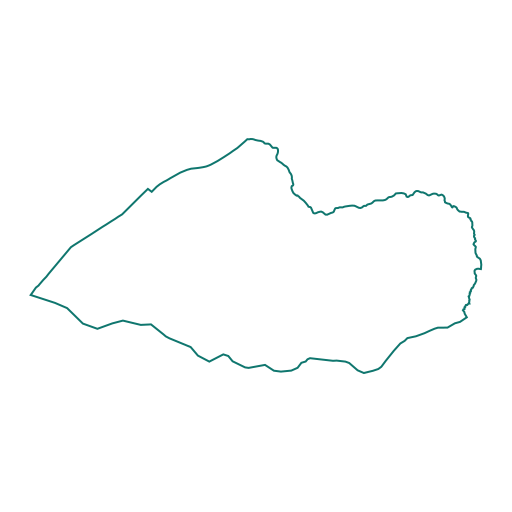 the district of Campina, Prahova, Romania, rotated 90°
{"feature_id": "2599482B7526130518250", "entity_name": "Campina", "entity_type": "district", "adm_level": 2, "iso_a3": "ROU", "parent_name": "Romania", "parent_adm1": "Prahova", "projection": "orthographic", "projection_center": [25.739, 45.14], "detail": "fine", "context": "isolated", "style": "outline", "palette": "teal", "viewbox_px": 512, "rotation_deg": 90, "n_neighbors": 0, "source": "geoboundaries", "source_scale": "gbopen_adm2", "svg_char_len": 5883}
<svg xmlns="http://www.w3.org/2000/svg" viewBox="0 0 512 512"><g transform="rotate(90 256 256)"><path d="M338.3,342.6L347.1,321.3L355.6,314.1L361.6,302.7L354.4,288.7L356.0,283.7L361.3,279.4L367.4,266.9L367.9,263.4L364.9,247.0L370.7,238.1L371.6,231.1L370.6,220.7L367.8,214.4L362.8,210.6L361.5,206.3L359.3,204.5L358.2,202.0L360.8,179.0L360.6,175.3L361.6,166.6L363.0,162.8L370.3,154.4L373.0,148.2L370.8,139.1L369.0,133.7L366.8,130.7L360.9,126.3L350.8,118.2L343.5,111.7L340.9,107.4L338.1,104.6L336.3,96.1L333.2,87.5L330.7,82.1L328.7,77.4L327.7,74.2L327.6,64.5L323.3,57.1L321.9,52.0L317.3,45.2L313.7,47.3L311.9,47.7L311.2,48.4L310.8,48.6L310.3,49.0L310.1,48.8L309.5,48.7L309.4,48.4L309.1,47.5L309.0,47.4L308.9,47.4L308.5,47.6L307.7,47.6L307.1,47.4L307.1,47.1L307.2,46.9L307.0,46.7L306.3,46.7L305.7,46.5L305.0,46.1L304.9,45.8L305.1,45.3L305.0,44.8L304.7,44.5L304.3,44.3L304.0,43.9L303.5,43.1L303.5,42.9L303.5,42.6L302.8,42.8L302.9,43.0L302.7,43.1L302.2,42.8L301.6,42.8L301.2,42.6L300.8,42.6L300.3,42.8L299.8,42.4L299.3,42.4L298.8,42.7L298.2,42.9L297.3,43.0L296.9,43.2L296.6,43.4L296.3,43.3L296.3,43.0L296.2,42.8L295.5,42.5L295.0,42.5L294.2,42.2L293.6,42.4L293.4,42.3L293.2,42.0L293.1,41.9L292.5,42.2L292.2,42.2L291.8,41.4L291.5,41.2L291.0,41.0L290.6,41.3L290.1,41.1L289.8,41.1L289.1,40.5L288.4,40.4L287.8,39.8L287.7,39.6L287.8,39.3L287.6,39.1L286.8,38.7L286.3,38.5L285.9,38.3L285.5,38.3L285.1,38.2L284.7,37.9L283.9,37.2L283.2,36.8L280.9,35.8L280.3,35.7L279.9,35.6L279.2,35.8L278.1,36.2L277.6,36.2L276.1,35.8L275.7,35.8L274.6,36.4L273.8,37.1L273.0,37.4L272.4,37.3L271.2,37.5L270.6,37.4L270.1,37.1L269.6,36.7L269.3,36.0L268.8,34.9L268.8,34.5L268.7,33.8L269.1,31.1L268.3,31.0L267.2,30.9L266.5,30.9L264.8,30.7L260.7,31.2L259.9,31.5L259.1,31.9L258.6,32.3L258.2,32.9L257.4,34.1L256.8,34.9L256.2,35.2L255.4,35.2L255.0,35.5L254.0,36.0L252.9,36.5L249.0,36.7L247.7,36.3L246.9,36.2L246.2,36.7L245.2,37.8L244.4,38.4L244.2,38.5L242.5,37.7L242.0,37.1L241.5,36.3L241.4,36.2L240.9,36.1L240.7,36.2L239.4,37.0L238.6,36.9L238.3,36.9L237.5,37.6L236.9,37.9L236.5,38.0L235.9,38.0L235.0,37.4L234.9,37.4L234.6,37.4L234.0,37.9L233.6,38.0L231.8,37.8L231.0,37.9L230.1,38.2L229.4,38.8L227.7,39.9L227.2,40.1L226.7,40.0L225.7,39.6L225.1,39.6L223.7,39.7L222.6,39.7L221.9,39.9L221.6,40.0L221.0,40.7L220.6,40.7L220.1,41.0L219.5,41.6L219.2,41.6L218.7,41.5L218.3,41.7L218.0,42.1L217.5,43.2L217.2,43.6L216.8,44.0L215.8,44.1L214.0,43.8L213.6,43.8L213.2,43.9L213.0,44.3L212.6,46.2L212.3,46.8L211.8,48.1L211.8,49.4L211.8,50.4L211.6,51.3L211.6,52.1L211.5,52.5L210.2,54.0L209.6,54.5L209.0,54.9L207.7,55.4L207.1,56.1L206.5,57.2L206.2,58.0L206.1,58.4L206.2,58.6L206.3,58.9L206.8,59.3L207.3,59.4L207.4,59.5L207.3,59.9L206.8,60.3L206.0,60.7L205.0,61.4L204.4,61.9L204.0,62.4L203.8,62.8L203.6,63.9L203.4,64.7L202.5,66.7L202.2,67.0L201.7,67.0L200.2,67.5L199.1,67.3L198.3,67.3L197.4,67.6L196.4,68.0L196.1,68.3L195.3,69.1L194.9,69.8L194.7,70.3L194.7,70.8L195.1,71.9L195.3,72.5L195.5,73.1L195.4,73.6L195.2,74.0L194.5,74.7L194.0,75.5L193.8,75.9L193.7,76.7L193.6,77.9L193.7,78.7L193.9,79.5L195.3,82.5L195.4,83.1L195.3,83.6L195.0,84.4L193.6,86.2L193.0,87.6L192.4,89.0L192.4,90.8L192.1,91.6L191.1,93.7L191.0,95.0L191.1,95.8L191.4,96.4L192.3,97.5L195.0,99.4L195.1,100.0L195.2,101.1L195.6,102.1L196.6,103.2L196.9,103.8L197.0,104.3L196.6,105.4L194.3,106.3L193.4,108.2L193.2,109.5L193.0,110.4L193.3,114.9L193.5,116.2L195.4,117.9L196.6,120.0L196.9,121.1L197.1,122.9L197.5,123.7L199.1,125.4L199.6,126.2L200.0,127.1L200.4,129.1L200.4,134.6L200.5,136.5L200.9,137.6L201.5,138.4L202.6,139.5L203.4,140.6L203.7,141.4L204.4,144.1L204.7,144.8L205.2,145.3L205.8,145.9L205.9,146.6L205.9,147.9L206.3,148.7L207.3,149.8L207.7,150.7L208.0,151.7L207.8,153.1L207.1,154.6L206.2,156.4L205.7,157.7L205.6,159.9L205.8,162.2L206.5,166.8L206.8,168.0L207.2,168.9L207.4,169.6L207.3,172.0L207.5,172.9L207.8,173.4L208.0,174.0L208.1,176.1L208.4,176.7L209.0,177.1L210.1,177.6L211.4,178.1L212.1,178.6L212.6,179.7L213.0,181.2L214.1,183.5L214.4,184.3L214.7,184.9L214.6,186.0L214.6,186.5L214.1,187.1L212.3,189.2L211.6,190.8L211.7,191.8L212.0,193.1L212.4,194.4L213.0,195.5L213.3,196.5L213.4,197.4L213.2,198.2L212.8,198.8L207.7,201.0L207.4,201.3L207.1,201.7L206.9,202.9L206.6,203.6L205.6,204.1L202.8,206.3L200.7,208.2L197.8,212.1L196.7,212.9L196.4,213.6L195.5,214.4L195.4,215.1L195.6,215.5L194.5,217.0L193.0,218.6L191.3,219.5L188.6,220.5L187.6,220.6L186.6,220.4L186.1,220.2L185.5,219.1L185.0,218.8L184.5,218.7L183.9,218.8L182.7,219.2L181.2,219.5L179.6,219.9L178.7,220.2L177.5,220.1L176.4,220.2L175.8,220.3L174.3,220.9L173.1,221.7L172.5,222.3L171.5,222.7L169.6,223.4L167.6,224.5L166.5,225.6L165.7,227.1L164.8,228.4L163.5,229.8L162.6,231.0L162.0,232.1L160.9,233.7L160.3,234.7L159.7,235.0L158.8,235.4L157.9,235.6L157.1,235.7L156.4,235.6L155.6,235.4L153.8,234.5L152.3,234.1L151.4,234.0L150.1,234.0L149.1,234.2L148.6,234.6L148.0,235.2L147.8,235.8L147.8,236.6L147.8,238.7L147.7,239.4L147.3,239.8L146.2,240.7L144.5,242.1L143.9,243.2L143.7,243.7L143.7,244.8L143.6,246.7L143.3,247.5L142.4,248.2L141.8,248.9L141.3,250.2L140.9,251.4L140.6,253.8L140.3,255.2L140.0,256.6L139.4,258.2L139.1,259.5L139.0,261.3L139.3,262.9L139.2,264.7L141.6,267.3L147.0,273.5L148.1,274.8L149.1,276.3L151.2,279.4L152.3,280.9L153.5,282.6L157.2,288.3L161.0,294.4L164.6,301.1L165.4,302.9L166.2,305.0L166.5,305.9L166.8,307.2L167.2,309.1L167.8,312.8L168.1,315.2L168.7,320.9L169.9,325.1L172.6,331.7L178.2,341.7L179.2,343.3L180.5,345.5L181.9,348.3L184.3,352.2L185.4,353.6L186.8,355.4L191.8,360.3L188.9,364.1L195.6,371.0L214.4,389.9L216.7,393.7L218.9,396.9L221.2,400.6L224.5,405.7L226.9,409.6L234.2,420.8L245.3,438.3L247.2,441.1L270.6,460.7L273.7,463.3L276.7,465.6L280.0,468.8L284.8,472.9L285.5,473.4L287.6,476.1L293.2,480.0L295.0,481.3L302.9,457.0L308.1,444.9L323.6,429.1L328.8,414.6L323.4,399.7L320.6,389.1L324.9,371.2L324.4,361.0L334.4,348.5L336.4,346.2L338.3,342.6Z" fill="none" stroke="#0f766e" stroke-width="2"/></g></svg>